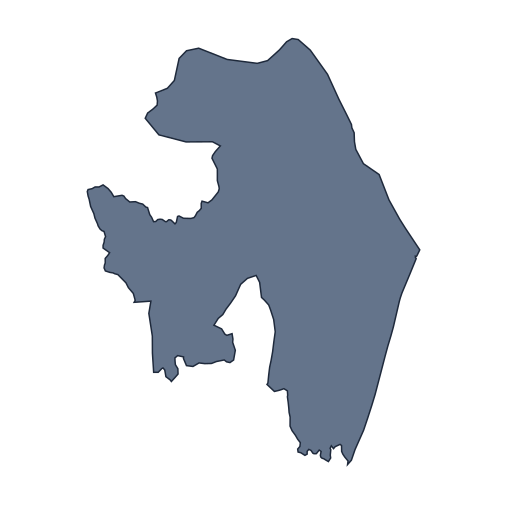 the district of Warri North, Nigeria, rotated 176°
{"feature_id": "59680162B93651715341205", "entity_name": "Warri North", "entity_type": "district", "adm_level": 2, "iso_a3": "NGA", "parent_name": "Nigeria", "parent_adm1": "", "projection": "equal_earth", "projection_center": [5.321, 5.881], "detail": "fine", "context": "isolated", "style": "filled", "palette": "slate", "viewbox_px": 512, "rotation_deg": 176, "n_neighbors": 0, "source": "geoboundaries", "source_scale": "gbopen_adm2", "svg_char_len": 3250}
<svg xmlns="http://www.w3.org/2000/svg" viewBox="0 0 512 512"><g transform="rotate(176 256 256)"><path d="M92.2,250.7L105.0,273.2L110.1,282.7L119.4,302.6L127.5,328.7L142.4,340.6L149.0,355.4L149.8,363.1L149.5,372.1L151.4,377.1L151.5,378.4L151.6,380.5L155.4,389.9L162.3,406.4L172.0,432.3L187.5,457.6L198.8,469.0L204.8,470.4L210.5,467.6L218.2,460.0L230.8,450.1L241.3,448.1L271.1,454.1L298.7,467.3L311.0,465.6L318.9,458.5L325.2,436.8L332.7,429.5L344.9,425.6L343.9,421.4L343.5,417.5L344.1,413.4L348.8,409.6L354.1,406.2L356.9,401.1L344.4,383.6L317.9,374.7L291.5,373.0L283.9,368.3L289.2,363.1L292.3,359.2L293.1,356.6L288.5,345.5L288.8,340.9L289.3,333.9L288.1,327.7L288.0,325.6L289.2,322.5L296.1,315.0L300.2,312.4L306.0,314.5L307.0,312.2L307.3,307.4L309.3,305.3L311.6,303.7L313.6,300.4L315.2,298.6L318.3,298.0L325.7,298.7L330.0,301.3L331.5,300.9L333.2,295.0L334.6,293.7L338.1,297.6L339.3,298.1L340.6,298.2L342.8,296.5L344.0,296.6L347.0,299.0L349.2,299.4L351.5,299.2L353.6,297.4L355.8,297.4L357.4,301.8L359.1,304.7L360.8,311.9L362.5,312.5L365.4,315.7L368.8,316.8L372.4,318.6L378.2,318.7L382.1,322.4L383.6,325.0L385.4,325.9L393.7,325.1L396.0,329.7L398.9,333.6L403.6,337.6L407.8,335.8L411.7,336.1L414.8,334.6L418.9,334.0L419.8,332.1L419.3,327.5L418.5,324.3L417.5,316.9L414.8,309.6L414.0,305.0L411.9,299.3L411.4,297.1L409.7,293.8L407.9,292.0L405.9,291.1L404.7,285.8L406.1,283.3L406.5,280.5L407.8,277.3L408.0,274.6L401.8,269.5L403.9,266.8L406.6,264.1L406.7,262.7L406.9,259.5L407.8,257.5L408.4,254.7L407.3,251.6L402.8,249.8L399.7,249.1L398.3,248.2L395.1,247.1L387.6,238.3L385.5,233.3L381.0,227.2L379.6,220.2L380.8,218.3L364.0,218.3L366.9,206.2L365.0,183.4L366.1,166.3L366.2,147.1L361.7,146.8L357.8,150.3L356.6,150.8L355.0,148.7L354.8,146.9L354.3,141.9L350.2,138.3L349.2,136.7L347.2,138.6L345.2,140.5L342.0,143.7L341.8,149.0L344.0,153.2L344.1,156.8L344.0,160.0L341.1,162.1L335.3,160.4L335.5,158.8L333.0,151.5L326.6,150.2L322.5,152.2L320.3,153.3L314.6,152.2L307.9,151.9L302.8,153.5L294.9,154.5L292.8,152.5L289.4,151.5L285.6,153.8L283.2,163.4L285.3,171.5L284.8,174.7L285.3,180.2L290.6,178.9L292.5,180.2L295.4,185.7L302.8,189.9L298.0,196.4L293.2,199.9L289.6,205.1L284.8,210.6L279.2,217.7L273.3,228.8L266.1,234.3L257.2,236.6L255.3,232.1L254.2,229.4L253.4,214.3L250.7,211.4L246.7,206.2L245.2,201.1L242.8,191.4L242.1,179.1L244.2,169.1L246.1,159.3L248.3,150.5L250.1,144.3L251.6,136.6L253.0,128.4L254.0,127.1L247.1,119.6L242.8,120.3L240.9,120.7L237.4,121.7L234.1,119.3L234.1,114.9L234.5,113.4L234.1,107.7L233.9,101.8L233.9,97.7L233.2,92.9L233.9,83.9L232.2,79.2L229.2,74.4L227.2,70.3L224.8,66.7L225.5,62.9L227.9,60.5L227.7,57.5L225.0,56.6L221.1,53.7L218.8,54.8L218.6,57.6L216.8,59.4L214.7,58.2L213.0,55.3L211.9,54.7L209.6,54.6L206.5,58.0L204.7,56.5L205.7,52.7L205.4,50.9L204.3,49.7L202.5,49.0L200.8,47.7L198.1,45.9L195.6,49.3L195.8,52.2L194.9,57.5L195.5,59.0L194.1,61.4L192.1,58.4L190.3,60.3L185.3,62.2L183.9,61.0L184.2,55.1L183.2,52.3L181.5,49.3L178.5,45.1L179.2,41.6L175.1,45.6L170.7,56.0L160.8,74.7L155.9,86.5L151.0,98.7L146.9,109.4L139.6,131.0L134.3,146.8L130.9,156.6L126.9,167.2L123.9,175.7L116.2,200.7L115.0,204.1L113.0,208.9L103.6,227.6L96.4,242.2L97.1,243.3L97.0,244.6L96.5,244.2L95.6,244.8L92.2,250.7Z" fill="#64748b" stroke="#1e293b" stroke-width="1.5"/></g></svg>